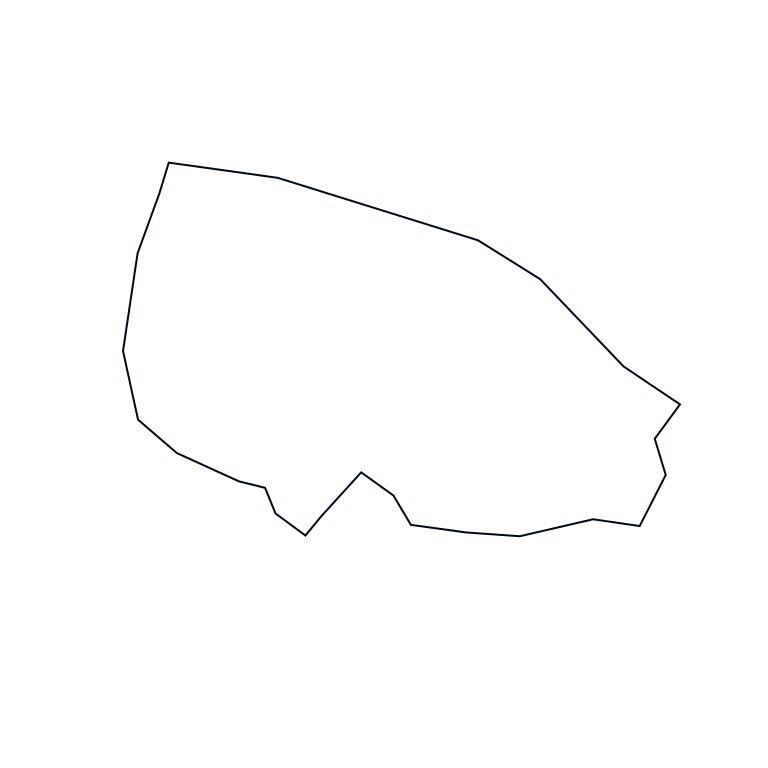 outline of Savanne, rotated 207°
{"feature_id": "MUS-5195", "entity_name": "Savanne", "entity_type": "District", "adm_level": 1, "iso_a3": "MUS", "parent_name": "Mauritius", "parent_adm1": "", "projection": "robinson", "projection_center": [57.51, -20.457], "detail": "fine", "context": "isolated", "style": "outline", "palette": "ink", "viewbox_px": 768, "rotation_deg": 207, "n_neighbors": 0, "source": "natural_earth", "source_scale": "10m", "svg_char_len": 476}
<svg xmlns="http://www.w3.org/2000/svg" viewBox="0 0 768 768"><g transform="rotate(207 384 384)"><path d="M676.3,483.5L572.4,519.4L365.5,554.7L292.4,548.3L178.5,508.4L111.0,500.2L117.9,458.1L91.7,430.9L91.7,373.5L136.3,358.4L193.9,310.0L243.7,288.9L296.1,270.7L324.9,288.9L364.2,294.9L379.9,237.5L385.2,213.3L421.9,219.4L442.8,237.5L469.0,231.4L537.1,228.4L586.9,240.5L631.5,294.9L662.9,388.6L670.7,452.1L676.3,483.5Z" fill="none" stroke="#020617" stroke-width="2"/></g></svg>